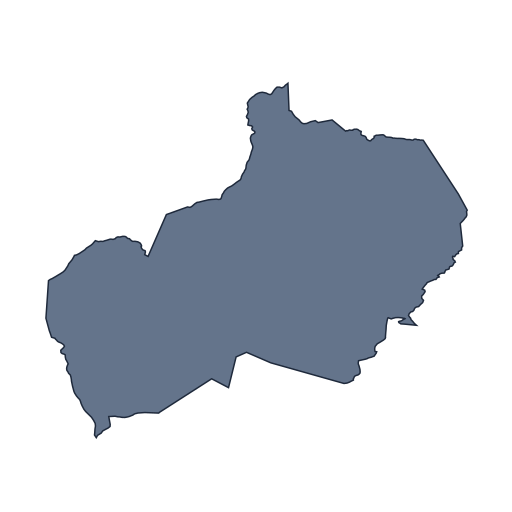 Santa María Ozolotepec, Oaxaca, Mexico, rotated 86°
{"feature_id": "50627088B11851722089063", "entity_name": "Santa María Ozolotepec", "entity_type": "district", "adm_level": 2, "iso_a3": "MEX", "parent_name": "Mexico", "parent_adm1": "Oaxaca", "projection": "equal_earth", "projection_center": [-96.359, 16.098], "detail": "fine", "context": "isolated", "style": "filled", "palette": "slate", "viewbox_px": 512, "rotation_deg": 86, "n_neighbors": 0, "source": "geoboundaries", "source_scale": "gbopen_adm2", "svg_char_len": 6047}
<svg xmlns="http://www.w3.org/2000/svg" viewBox="0 0 512 512"><g transform="rotate(86 256 256)"><path d="M208.3,49.8L152.2,81.1L151.9,82.7L151.9,84.1L151.4,85.1L151.3,86.0L151.3,86.8L150.6,88.3L150.5,89.4L150.6,90.2L151.0,90.7L151.2,91.0L151.3,92.0L151.1,92.8L150.6,94.3L150.4,97.1L150.2,98.2L149.5,99.7L149.2,100.8L148.9,102.7L148.6,105.4L148.6,106.3L148.2,109.1L148.0,109.8L148.0,111.2L147.7,111.5L147.1,112.9L146.9,114.2L146.6,116.7L146.4,117.7L146.2,118.1L145.0,119.3L144.3,120.0L144.0,120.7L143.9,121.3L143.9,124.0L144.0,125.8L143.9,127.5L144.1,128.2L144.4,128.8L144.7,129.3L144.8,129.8L145.8,129.8L146.4,130.1L147.2,131.0L147.5,131.8L148.1,132.7L149.0,133.5L149.1,133.9L149.1,134.2L149.0,134.9L147.8,136.8L147.4,137.3L145.7,137.8L144.6,138.4L144.1,139.0L143.4,140.7L143.2,141.5L142.9,142.0L142.4,142.6L141.8,142.8L141.0,142.8L140.2,142.7L139.4,142.3L139.1,142.4L138.8,142.7L138.6,143.5L138.3,144.0L136.9,145.6L136.5,146.8L136.4,149.0L136.7,150.3L137.3,150.7L137.3,151.2L137.1,153.0L136.9,153.4L136.8,153.7L137.0,154.6L137.4,155.5L137.5,155.9L137.3,156.3L137.3,156.6L137.3,157.0L137.5,157.3L137.7,157.9L125.6,170.6L127.2,184.4L127.2,184.8L125.1,187.4L125.9,192.2L127.3,196.1L127.4,198.9L126.9,200.5L125.5,202.0L123.2,203.6L119.8,207.3L117.0,209.1L114.1,210.5L113.1,212.9L85.9,212.1L87.0,213.6L87.6,214.7L89.2,216.3L90.1,218.5L89.2,220.7L89.0,223.2L90.2,224.8L92.0,226.5L95.4,229.1L96.0,230.7L95.4,232.4L94.2,234.4L93.6,236.4L93.1,238.3L93.3,240.8L93.8,242.7L95.0,245.3L96.1,246.5L97.4,248.8L99.4,251.4L102.9,254.0L104.8,253.7L106.6,253.4L107.8,253.8L108.9,254.6L110.3,254.0L112.1,253.7L114.2,254.6L116.1,255.8L117.5,255.5L118.8,253.9L120.6,253.9L123.1,254.6L124.7,255.0L125.4,253.3L125.8,251.3L127.1,250.4L128.7,251.3L129.9,251.0L130.7,250.0L131.1,249.2L132.2,248.4L133.3,248.7L133.8,249.5L134.7,251.6L135.3,252.2L136.9,253.0L138.1,253.4L139.2,253.3L140.7,253.2L142.0,252.9L144.0,252.2L145.6,251.7L147.0,251.5L149.2,252.1L152.2,253.5L153.4,253.8L155.4,254.6L157.0,255.3L158.1,255.6L159.6,256.2L161.9,258.3L164.7,259.4L167.0,259.8L168.2,260.1L168.8,260.4L170.0,261.4L171.5,262.1L173.4,263.7L176.0,265.1L177.0,265.3L177.8,265.6L179.0,266.5L181.2,270.4L182.6,272.4L184.5,275.5L185.3,277.6L186.2,279.6L187.8,281.6L189.3,283.2L190.7,284.0L192.5,285.5L194.4,286.1L196.3,286.9L196.8,287.6L197.0,289.2L196.5,291.5L196.5,296.8L196.7,299.8L197.5,304.9L198.3,309.1L198.4,311.1L199.6,313.3L200.8,314.9L201.7,316.0L202.5,317.4L202.9,318.5L202.3,320.9L208.4,342.5L248.9,363.7L246.9,366.9L244.3,366.0L242.9,366.3L242.3,367.8L241.8,368.6L240.3,369.6L238.7,370.0L238.0,369.4L236.4,369.9L235.0,370.7L233.6,372.9L232.9,375.7L232.8,378.0L232.1,379.1L230.9,380.3L229.9,381.0L229.5,382.9L228.1,384.0L227.3,385.4L227.1,387.7L227.6,390.5L227.3,392.4L227.8,394.1L228.9,395.2L229.5,397.5L229.2,398.5L229.0,400.3L229.9,403.9L230.2,405.6L230.8,407.7L230.5,409.8L230.6,411.1L230.7,412.2L229.5,415.2L232.5,418.2L233.7,419.8L236.3,424.6L237.9,426.3L241.2,432.1L242.4,435.0L242.7,437.1L243.6,437.5L247.0,439.8L249.3,442.0L250.6,443.3L252.7,444.4L256.9,447.6L258.5,449.6L260.0,452.3L261.4,455.1L262.4,457.0L263.6,459.5L264.3,460.9L265.0,462.9L266.1,464.7L303.4,469.9L316.1,467.4L318.8,466.6L322.8,465.6L324.1,462.2L324.9,461.9L325.9,460.9L327.3,459.9L328.3,458.4L328.7,457.3L329.2,456.5L330.2,455.1L331.4,453.9L332.6,453.4L333.9,454.3L336.4,457.3L338.7,457.3L339.8,456.2L340.5,454.4L341.2,453.3L342.4,453.2L343.3,453.3L345.7,453.0L347.5,452.1L350.5,450.9L351.8,451.7L353.7,452.5L355.4,452.8L357.0,452.6L358.4,451.7L360.0,451.1L361.6,449.6L363.6,449.1L366.3,448.8L367.9,448.8L373.0,448.1L378.2,447.1L380.0,446.5L383.0,444.9L385.1,443.4L386.9,441.9L388.9,441.2L390.8,440.8L393.6,439.8L396.8,438.4L399.2,436.8L405.3,431.4L408.6,429.5L411.8,428.1L414.4,428.0L417.5,428.7L421.1,429.2L423.3,429.6L426.1,428.0L425.5,427.6L424.6,427.1L423.7,426.3L421.9,422.8L419.8,421.1L418.0,417.2L417.4,415.7L415.9,413.5L413.9,413.2L405.9,414.1L406.0,407.8L406.8,405.0L407.0,403.2L407.6,401.0L407.9,398.1L407.6,395.4L407.2,393.4L406.6,391.6L406.1,389.9L405.4,388.9L404.9,387.7L404.7,386.3L404.4,384.9L404.4,383.5L404.4,381.4L404.4,379.7L404.4,377.8L405.9,364.0L405.2,363.2L375.4,308.8L385.4,292.6L355.3,282.9L351.4,272.2L363.6,248.7L389.3,177.1L389.2,175.6L389.1,174.0L388.7,172.7L388.3,171.4L387.7,170.2L386.6,167.5L385.4,167.5L384.5,166.9L383.4,166.4L382.6,165.6L382.1,164.2L381.8,162.6L380.9,161.2L380.0,160.4L378.8,160.2L376.5,160.2L372.8,160.9L370.8,161.5L369.3,161.4L367.6,161.0L366.6,154.3L366.2,152.4L365.5,150.9L365.0,148.0L364.5,146.5L364.2,145.2L361.2,142.8L359.9,142.3L359.6,143.9L358.1,144.1L356.2,144.0L354.4,143.4L352.0,141.1L350.7,138.4L348.8,134.8L347.5,133.0L346.4,132.5L345.5,132.5L342.0,132.0L338.3,131.4L334.3,130.9L329.9,129.8L327.1,128.9L326.8,128.4L327.3,127.4L328.2,125.5L328.0,124.7L327.7,123.9L327.5,122.6L327.2,121.1L327.3,118.3L327.7,115.8L327.9,114.7L328.4,113.3L328.6,112.1L328.9,111.7L329.2,112.1L329.3,113.0L329.6,113.7L330.0,113.9L330.4,114.6L330.8,115.5L331.0,116.5L331.1,117.4L331.4,118.3L331.9,118.3L332.5,118.0L332.9,117.3L333.8,116.3L334.3,112.7L336.3,100.8L334.2,102.8L331.8,104.5L330.3,105.8L328.8,106.1L327.7,107.0L326.0,108.0L324.2,107.2L322.6,105.4L322.3,103.6L321.0,102.2L319.6,101.6L318.9,101.0L318.1,99.7L317.8,97.3L315.8,95.2L314.1,93.0L311.9,92.0L309.9,93.6L308.5,93.6L307.4,93.5L306.1,91.9L303.4,89.8L301.8,90.1L301.5,90.8L300.6,92.5L299.0,91.2L296.8,89.2L295.5,87.8L294.5,87.2L294.0,85.9L293.7,84.9L293.2,83.7L292.5,81.2L291.9,80.0L291.9,78.1L290.2,76.7L289.7,74.7L288.9,75.1L288.1,76.1L287.5,75.3L287.3,74.4L286.6,73.8L286.2,72.3L286.1,71.0L286.2,69.5L285.7,68.9L285.0,68.9L284.1,68.2L283.2,67.7L282.5,64.4L280.3,63.6L279.9,62.9L279.8,61.7L279.5,60.8L278.3,59.8L276.6,58.9L276.0,57.6L274.4,58.2L273.9,59.0L273.0,59.7L272.4,59.6L270.7,60.1L270.0,59.7L270.5,57.9L269.0,56.8L268.0,55.8L267.6,53.9L266.7,53.9L265.7,53.7L264.3,50.5L263.3,50.4L262.4,50.4L261.6,50.0L260.5,49.1L237.8,50.0L235.2,47.1L234.1,46.0L232.6,44.7L231.6,43.6L229.9,42.8L227.9,42.8L226.3,42.9L225.0,42.1L208.3,49.8Z" fill="#64748b" stroke="#1e293b" stroke-width="1.5"/></g></svg>